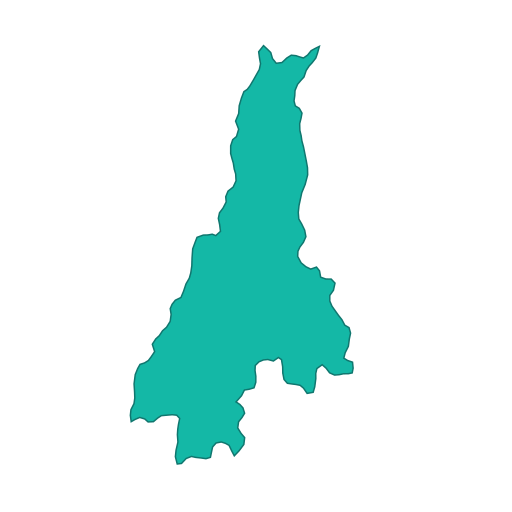 outline of Joanésia, Minas Gerais, Brazil, rotated 186°
{"feature_id": "56859067B98397226350347", "entity_name": "Joanésia", "entity_type": "district", "adm_level": 2, "iso_a3": "BRA", "parent_name": "Brazil", "parent_adm1": "Minas Gerais", "projection": "equal_earth", "projection_center": [-42.708, -19.227], "detail": "fine", "context": "isolated", "style": "filled", "palette": "teal", "viewbox_px": 512, "rotation_deg": 186, "n_neighbors": 0, "source": "geoboundaries", "source_scale": "gbopen_adm2", "svg_char_len": 2873}
<svg xmlns="http://www.w3.org/2000/svg" viewBox="0 0 512 512"><g transform="rotate(186 256 256)"><path d="M312.6,40.9L308.4,41.9L304.3,47.3L299.3,49.9L294.7,49.4L289.5,49.4L284.6,49.2L280.3,51.0L279.8,56.1L279.2,61.6L276.1,65.9L271.1,67.4L266.8,66.5L263.0,64.9L259.9,59.8L256.7,55.0L252.6,60.3L248.4,67.3L248.3,74.2L252.3,78.0L256.2,83.1L256.0,89.3L253.1,93.8L250.9,98.4L253.1,103.6L256.6,106.7L260.6,108.8L255.8,115.5L253.5,121.5L248.8,122.8L244.2,124.7L243.0,130.4L243.6,136.4L245.0,142.0L245.3,147.0L242.0,151.1L237.8,153.4L233.4,154.3L227.7,153.4L223.1,157.4L219.8,155.6L217.9,148.6L217.1,142.3L215.2,136.1L211.5,132.7L207.2,132.5L202.8,132.4L198.6,132.0L195.0,129.6L190.8,124.7L184.9,126.4L183.9,132.0L183.7,140.3L184.3,145.5L183.7,150.4L178.8,154.8L174.5,151.7L170.6,147.5L165.4,145.8L160.7,146.7L156.8,148.0L151.8,148.6L148.1,149.8L147.7,154.6L148.9,160.5L154.1,161.7L158.0,163.6L157.2,169.1L154.7,175.8L154.5,183.3L153.9,189.2L156.0,194.5L160.5,196.5L163.8,201.5L167.8,205.6L171.5,209.8L175.2,214.0L177.9,218.9L178.5,224.5L175.4,230.0L174.6,237.3L178.8,240.9L184.1,240.4L189.5,241.7L191.3,247.9L194.7,251.3L200.2,248.7L205.2,250.5L210.4,253.9L214.5,259.9L214.8,265.1L213.3,269.5L210.3,274.5L208.4,280.4L210.3,286.8L213.9,292.6L217.3,297.3L218.5,303.7L218.5,310.7L217.9,316.3L217.1,323.7L214.6,332.3L213.1,342.1L214.0,349.1L215.8,355.4L218.3,363.5L220.2,369.6L222.4,375.3L223.7,380.4L225.5,385.5L226.4,392.2L225.6,397.7L225.2,402.9L228.4,407.4L232.6,409.4L234.4,414.2L234.2,419.5L234.5,424.6L232.6,431.1L229.9,435.1L227.0,439.0L225.5,445.7L223.1,450.4L220.4,454.0L217.2,459.1L216.0,464.4L214.9,471.1L218.7,468.7L222.6,466.0L225.7,461.2L229.5,457.9L233.6,458.6L237.2,459.4L241.9,459.4L246.1,456.1L250.4,451.1L256.0,449.8L260.2,454.0L262.6,459.9L266.9,463.3L270.5,466.0L274.7,459.4L273.2,453.2L271.6,447.7L272.2,441.8L274.2,437.2L277.0,430.7L279.9,424.4L282.1,420.8L285.2,418.2L287.0,411.5L288.4,403.7L288.1,395.9L290.4,388.0L286.5,380.3L287.9,372.8L291.3,369.3L292.7,363.0L291.9,355.2L290.0,350.2L288.3,346.1L286.7,340.1L284.8,335.5L283.7,328.7L285.9,322.2L290.6,317.6L292.3,311.8L291.3,306.6L293.8,300.2L296.8,295.2L297.4,289.5L295.4,283.3L293.9,276.8L298.1,272.1L301.8,273.1L306.0,271.9L310.6,271.3L316.6,268.4L317.9,263.6L319.7,256.5L319.4,247.4L318.8,239.6L319.1,232.3L320.0,227.0L322.7,220.9L324.4,213.2L326.3,206.9L331.6,203.6L334.4,199.2L335.8,194.7L334.3,189.0L334.5,182.0L337.5,175.8L341.1,171.9L343.8,166.7L347.0,163.1L349.9,157.4L346.8,150.3L349.7,144.8L352.1,140.8L355.7,138.0L360.0,136.1L361.9,131.7L363.7,125.4L363.9,116.1L362.5,107.8L361.7,102.1L361.9,96.4L364.3,90.1L364.3,84.4L362.8,78.2L359.2,80.8L354.8,83.3L349.6,82.3L346.0,79.7L340.7,80.5L336.9,84.5L333.5,87.3L328.5,88.3L322.7,89.4L318.2,89.4L314.9,86.5L315.5,80.5L315.7,75.6L315.5,70.1L314.2,62.8L315.2,54.5L315.2,48.0L312.6,40.9Z" fill="#14b8a6" stroke="#0f766e" stroke-width="1.5"/></g></svg>